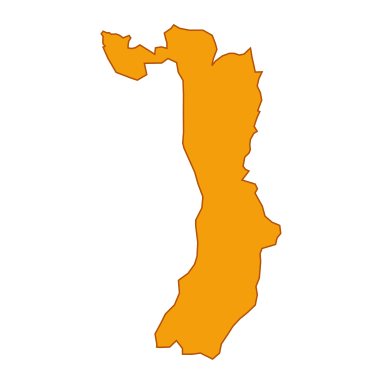 the district of Mamountali, Paphos, Cyprus, rotated 269°
{"feature_id": "46923920B96361744378997", "entity_name": "Mamountali", "entity_type": "district", "adm_level": 2, "iso_a3": "CYP", "parent_name": "Cyprus", "parent_adm1": "Paphos", "projection": "orthographic", "projection_center": [32.61, 34.916], "detail": "fine", "context": "isolated", "style": "filled", "palette": "amber", "viewbox_px": 384, "rotation_deg": 269, "n_neighbors": 0, "source": "geoboundaries", "source_scale": "gbopen_adm2", "svg_char_len": 1981}
<svg xmlns="http://www.w3.org/2000/svg" viewBox="0 0 384 384"><g transform="rotate(269 192 192)"><path d="M338.4,105.6L327.1,110.3L313.0,118.2L307.0,133.0L304.8,139.3L310.2,148.8L321.5,146.6L321.5,153.2L321.5,164.0L325.9,170.3L321.7,178.9L312.2,180.3L303.6,185.0L289.3,185.2L271.1,184.8L251.8,184.6L241.1,183.6L235.9,184.8L211.8,195.1L200.3,198.1L187.0,202.8L175.9,201.6L163.9,195.3L158.4,195.1L141.3,196.9L127.4,195.9L119.6,193.3L110.7,186.6L103.9,176.9L91.2,177.7L79.5,172.6L70.5,163.3L62.4,159.1L50.7,152.6L48.0,153.0L40.1,154.2L37.6,153.9L37.2,157.3L37.4,167.0L43.7,173.8L35.8,179.7L30.0,179.7L29.8,189.2L30.8,197.7L24.6,209.6L28.0,213.8L30.4,216.7L39.6,218.7L49.5,225.6L57.0,230.5L64.6,237.8L70.4,245.2L77.9,253.3L88.2,255.5L96.4,254.3L104.9,257.8L121.0,259.4L129.2,259.0L134.3,261.0L138.1,274.6L144.5,276.2L149.1,280.0L157.0,279.1L160.3,271.6L166.5,264.6L176.7,262.0L185.4,257.3L189.9,255.0L194.1,257.5L198.8,255.3L203.1,242.2L209.2,247.1L212.0,249.3L213.5,246.0L216.8,243.5L226.0,245.4L229.9,249.6L233.1,251.0L238.8,250.6L243.9,251.5L249.5,254.8L251.5,258.2L256.6,255.3L259.4,256.2L266.2,258.7L271.2,261.2L272.1,259.1L276.6,260.9L282.6,263.3L290.0,262.1L296.8,259.0L304.0,260.8L310.9,264.2L310.8,257.3L316.3,256.3L325.3,254.4L334.9,253.0L333.2,251.0L329.0,246.5L328.1,241.7L329.9,236.6L330.0,231.9L327.6,224.9L322.6,217.9L318.0,214.1L318.5,214.2L324.7,215.6L334.2,219.4L340.1,217.9L348.2,215.0L353.6,205.8L353.6,205.5L353.8,192.4L353.8,192.1L355.9,182.4L359.4,176.7L355.9,173.8L351.4,167.1L347.8,167.9L341.1,169.6L336.1,169.4L336.2,169.1L337.6,164.1L336.8,158.0L330.4,157.1L330.6,156.8L340.0,142.4L339.9,142.3L337.2,137.8L336.5,133.8L336.6,133.5L337.2,130.6L340.1,130.7L343.9,131.4L347.1,133.5L349.6,131.8L347.3,125.9L347.4,125.7L350.0,122.2L351.3,118.8L351.3,118.7L351.1,114.3L351.1,114.0L352.7,112.1L352.6,109.6L354.3,106.0L351.9,104.0L349.1,105.8L344.3,105.5L341.8,105.6L339.3,107.6L338.4,105.9L338.4,105.6Z" fill="#f59e0b" stroke="#b45309" stroke-width="1.5"/></g></svg>